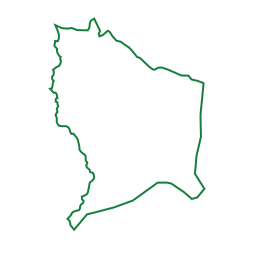 outline of Fronteiras, Piauí, Brazil, rotated 275°
{"feature_id": "56859067B86555367921945", "entity_name": "Fronteiras", "entity_type": "district", "adm_level": 2, "iso_a3": "BRA", "parent_name": "Brazil", "parent_adm1": "Piauí", "projection": "orthographic", "projection_center": [-40.578, -7.082], "detail": "fine", "context": "isolated", "style": "outline", "palette": "green", "viewbox_px": 256, "rotation_deg": 275, "n_neighbors": 0, "source": "geoboundaries", "source_scale": "gbopen_adm2", "svg_char_len": 1897}
<svg xmlns="http://www.w3.org/2000/svg" viewBox="0 0 256 256"><g transform="rotate(275 128 128)"><path d="M72.2,208.1L74.1,209.4L88.2,198.7L90.0,198.7L106.6,198.7L125.3,201.4L127.8,201.2L146.1,199.2L151.1,199.1L179.2,199.4L180.3,195.9L181.1,192.7L181.9,187.0L185.4,183.7L185.0,176.4L189.7,162.6L191.2,156.2L190.7,152.8L188.6,149.7L188.3,148.2L190.8,143.9L198.9,133.7L199.5,130.9L205.7,125.0L208.4,121.8L211.0,116.9L213.3,113.3L213.9,108.9L218.1,104.5L220.7,102.6L222.5,101.0L223.0,99.1L221.3,97.7L220.2,96.6L218.5,94.9L216.8,91.7L219.0,90.7L222.2,91.7L223.8,90.9L230.6,86.8L234.0,84.8L231.7,81.7L229.1,80.9L224.7,80.8L221.8,79.5L221.1,68.7L222.7,63.5L221.8,59.3L221.7,53.6L224.1,46.6L219.3,49.2L215.2,51.0L210.9,51.3L208.3,50.4L208.3,47.8L206.1,47.8L204.0,47.4L202.7,48.2L200.8,50.4L199.1,50.5L197.0,51.0L194.0,53.0L192.9,54.8L190.8,54.4L188.4,55.5L186.1,54.9L183.9,54.0L182.7,51.8L179.5,48.2L177.4,49.3L174.5,49.2L172.2,47.8L169.7,48.4L168.5,49.9L166.7,49.2L163.5,49.2L161.0,48.7L160.3,47.0L158.3,49.2L156.7,50.7L156.9,52.6L155.2,54.2L153.5,54.4L151.8,55.2L150.8,53.6L148.1,53.6L147.5,55.4L145.2,55.8L143.9,56.6L141.9,55.7L140.3,55.4L137.9,56.4L136.2,55.3L134.3,54.8L131.8,56.2L127.7,56.5L125.1,58.1L124.2,59.4L124.0,62.4L124.4,65.5L123.9,67.8L122.4,69.5L119.0,70.8L117.2,72.1L117.6,74.1L115.2,76.4L113.4,78.2L111.6,79.1L105.4,81.1L102.1,81.6L99.9,83.6L96.8,88.1L95.0,88.4L91.9,88.7L89.9,90.5L86.7,89.7L85.2,90.5L83.0,93.4L80.8,94.1L80.3,96.8L78.3,98.1L75.2,98.6L72.9,97.4L70.3,94.7L60.6,93.7L58.2,92.6L56.6,90.1L55.6,88.0L53.0,88.4L51.2,90.2L49.4,89.8L47.6,87.8L45.5,87.1L43.6,87.2L41.8,86.3L41.0,83.3L39.1,80.0L35.8,78.5L32.2,75.6L30.7,77.6L28.9,78.5L26.1,79.2L22.0,83.2L38.4,94.7L41.1,102.6L43.1,108.2L47.6,120.8L56.2,139.2L67.6,152.4L69.0,154.0L71.7,157.2L76.1,162.2L77.0,171.0L76.5,175.9L69.2,189.0L62.9,197.8L64.9,203.1L72.2,208.1Z" fill="none" stroke="#15803d" stroke-width="2"/></g></svg>